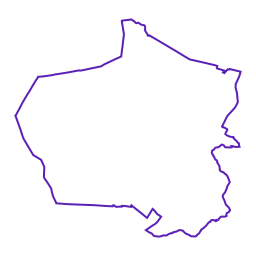 the district of Siria, Arad, Romania
{"feature_id": "2599482B5262602220408", "entity_name": "Siria", "entity_type": "district", "adm_level": 2, "iso_a3": "ROU", "parent_name": "Romania", "parent_adm1": "Arad", "projection": "equal_earth", "projection_center": [21.642, 46.281], "detail": "fine", "context": "isolated", "style": "outline", "palette": "violet", "viewbox_px": 256, "rotation_deg": 0, "n_neighbors": 0, "source": "geoboundaries", "source_scale": "gbopen_adm2", "svg_char_len": 5755}
<svg xmlns="http://www.w3.org/2000/svg" viewBox="0 0 256 256"><path d="M230.1,210.1L228.7,207.4L225.8,204.5L224.3,200.2L223.1,197.8L222.7,196.0L222.9,195.1L225.1,192.2L226.8,188.3L227.4,186.1L229.7,182.3L229.5,181.4L227.9,177.2L227.6,176.7L227.5,176.3L227.3,176.1L226.6,175.1L226.4,174.9L226.0,174.4L225.7,174.3L225.5,174.2L225.0,173.7L224.6,173.6L224.3,173.3L224.0,172.8L223.9,172.6L223.5,172.4L223.2,172.2L222.8,172.1L222.3,172.0L222.1,171.9L221.8,171.7L221.5,171.5L221.2,171.4L220.7,171.1L220.1,170.7L219.9,170.4L220.0,170.1L219.9,169.8L219.8,169.6L219.7,169.4L219.8,169.2L219.7,168.8L219.8,168.5L219.7,168.1L219.5,167.2L219.3,165.8L219.1,165.5L218.4,164.4L218.1,163.8L217.8,163.4L217.5,163.1L217.4,162.9L217.2,162.4L217.2,162.1L217.3,161.8L217.3,161.5L217.2,161.2L216.8,160.6L216.6,160.2L216.0,160.0L215.7,159.8L215.5,159.6L214.8,158.6L214.6,158.0L214.2,157.1L214.0,156.6L213.5,156.0L213.3,155.8L213.4,155.6L213.3,155.4L213.1,154.9L212.8,154.6L212.7,154.5L212.4,154.3L212.3,154.1L212.2,153.8L212.1,153.5L211.9,153.2L211.8,152.9L211.9,152.3L211.9,151.9L212.1,151.2L212.1,150.9L212.2,150.5L212.3,150.4L212.5,150.3L213.3,150.0L213.5,149.9L214.0,149.4L214.4,148.9L214.8,148.3L215.1,148.0L215.4,147.7L215.9,147.6L216.5,147.5L217.2,147.4L217.9,147.3L218.4,147.2L218.6,147.1L218.9,146.9L219.3,146.5L219.7,146.4L219.9,146.2L220.1,146.0L220.5,145.5L221.1,145.1L221.5,144.8L221.8,144.7L222.2,144.6L222.4,144.6L222.6,144.7L222.8,144.8L223.0,145.0L223.4,145.3L223.9,145.5L224.1,145.7L224.3,146.0L224.5,146.3L224.6,146.6L224.9,147.0L225.3,147.2L225.6,147.3L226.2,147.3L226.5,147.3L227.0,147.3L227.4,147.3L228.0,147.4L228.4,147.4L228.8,147.4L229.0,147.4L229.8,147.5L230.4,147.5L230.9,147.4L231.5,147.3L232.1,147.0L232.1,146.8L232.0,146.5L231.9,146.3L231.7,146.1L232.3,146.1L232.9,146.2L233.6,146.5L234.2,146.6L234.6,146.6L234.8,146.7L235.2,146.8L235.8,147.0L236.1,147.0L237.1,146.9L238.0,146.8L238.9,146.8L239.4,146.8L239.5,146.8L238.9,144.6L238.9,143.3L237.6,142.6L236.9,141.4L235.6,140.1L234.5,139.3L234.0,138.1L233.5,138.0L233.2,137.0L232.9,137.1L230.7,136.8L228.7,136.2L227.0,135.4L226.0,134.6L225.4,134.2L225.6,132.8L226.8,131.0L227.2,129.8L227.2,129.4L227.0,129.0L226.4,128.7L225.2,128.1L223.5,127.2L222.7,127.3L222.2,126.9L222.1,126.5L224.5,121.6L227.3,116.0L229.7,113.4L234.9,107.7L237.2,103.6L237.4,102.7L237.8,102.2L237.0,93.1L235.6,87.7L235.7,84.6L235.7,84.1L236.0,83.5L236.8,81.7L237.2,80.9L237.9,79.3L238.7,77.6L238.9,77.3L239.2,76.6L240.6,71.7L229.6,69.0L229.0,69.6L227.7,69.3L224.4,73.1L223.0,72.4L224.4,70.6L217.0,68.4L217.1,68.0L216.9,66.5L217.2,65.9L214.5,65.1L202.5,62.3L190.6,59.6L190.2,59.6L189.3,59.1L185.3,56.8L177.4,52.0L169.4,47.2L164.8,44.5L155.5,39.0L152.4,37.2L150.0,35.8L149.4,35.8L149.3,35.4L147.8,35.6L147.7,34.7L147.1,34.0L146.7,33.2L145.2,30.7L145.0,30.2L145.1,29.5L145.1,28.5L145.1,27.8L145.1,26.5L144.8,25.9L144.3,25.4L143.9,25.1L143.2,25.1L142.6,25.1L140.9,24.4L140.1,24.0L139.6,23.6L138.8,22.9L138.4,22.7L138.0,22.8L137.5,22.9L137.1,23.0L136.8,23.1L136.4,23.1L136.1,23.1L135.8,22.9L135.3,22.6L135.1,22.4L134.6,21.5L133.1,20.7L132.4,20.2L131.2,19.4L130.7,19.6L126.5,20.1L122.1,20.6L121.8,20.8L121.9,21.6L123.1,29.2L123.7,32.6L124.0,34.9L123.8,35.5L123.0,41.9L122.4,47.4L122.1,49.1L121.2,56.5L115.6,59.0L103.8,64.6L101.1,66.4L100.1,66.5L97.9,67.0L92.6,68.1L88.8,68.9L84.7,69.8L80.4,70.6L79.7,70.6L79.2,70.4L78.8,70.4L74.7,71.2L71.3,71.8L68.2,72.4L65.8,72.8L57.6,74.1L55.9,74.3L52.3,75.1L49.0,75.6L46.1,76.0L43.3,76.4L41.0,76.6L38.0,76.8L37.5,78.2L36.4,79.5L32.0,86.8L29.8,90.7L27.1,94.9L26.9,95.2L25.6,97.4L24.5,99.2L23.7,100.7L23.2,101.5L22.6,102.4L21.7,104.3L20.4,106.7L18.9,109.7L18.2,110.9L17.4,112.3L16.8,113.5L16.0,115.0L15.4,115.5L15.7,116.4L20.1,128.5L23.0,137.4L23.9,139.3L33.2,155.0L41.1,159.8L44.3,167.0L44.0,174.8L43.9,176.1L44.0,177.0L44.1,177.6L45.0,179.1L46.2,180.8L48.7,184.5L50.6,187.6L51.1,188.5L51.4,189.6L52.1,193.0L52.7,195.0L53.3,196.8L56.1,202.7L56.3,203.3L56.8,203.3L61.5,203.7L66.3,204.1L76.5,204.5L94.5,205.2L107.7,206.1L112.9,206.3L113.3,205.2L113.7,205.3L113.9,205.3L115.0,206.2L116.0,206.8L121.8,206.6L121.8,205.9L124.7,206.0L126.2,206.2L129.6,206.7L131.2,206.9L131.3,205.5L131.4,205.3L133.5,207.0L147.1,217.9L152.6,208.9L153.1,209.3L153.8,209.9L155.4,211.8L157.4,214.2L159.4,215.5L160.6,216.3L160.9,216.6L161.1,216.8L159.9,218.4L158.6,220.2L158.1,221.0L157.2,222.1L156.0,223.2L155.2,223.9L152.6,225.5L150.9,226.6L149.2,227.8L145.9,230.1L147.0,230.9L148.2,231.7L149.1,232.3L150.0,232.6L151.1,233.3L151.5,233.3L152.1,233.8L152.8,234.6L153.4,235.5L154.1,235.8L154.2,236.0L155.0,236.2L156.6,236.3L158.3,236.6L159.6,236.5L160.9,236.2L161.8,236.0L162.8,235.5L163.5,235.4L164.6,235.4L165.1,235.5L166.6,235.4L167.2,235.1L168.1,234.4L168.9,234.1L170.2,233.5L170.7,233.2L171.1,233.3L172.6,233.0L172.9,232.4L174.7,231.9L175.8,231.7L177.4,231.2L178.6,230.3L180.0,230.1L181.7,230.4L182.9,230.7L183.8,231.8L185.1,233.0L186.6,234.0L187.5,234.2L189.5,235.2L190.4,235.8L190.8,236.1L191.2,236.2L191.8,236.3L192.8,236.3L193.7,236.3L194.5,236.3L195.0,236.5L195.5,236.4L196.0,236.2L196.5,236.0L196.7,235.7L196.8,235.2L197.0,234.9L197.5,234.5L197.8,234.3L199.0,233.4L199.7,232.5L200.0,231.8L200.3,231.2L200.9,230.8L201.1,229.8L201.5,229.4L201.9,229.2L202.3,229.0L203.1,228.4L203.5,228.0L205.4,226.5L206.6,225.1L207.1,224.4L207.6,223.9L208.0,223.2L208.7,222.7L209.2,222.1L209.7,221.9L210.0,221.9L210.3,221.8L210.4,221.6L210.6,221.3L210.6,220.8L210.8,220.5L211.8,220.2L212.6,220.0L213.1,220.0L213.6,220.2L214.4,220.4L215.1,220.4L215.5,220.3L215.7,220.2L215.6,221.1L215.8,221.2L216.4,220.9L217.6,220.2L218.4,219.8L218.7,219.0L220.0,217.7L220.9,216.8L222.3,216.5L223.9,216.7L225.0,216.6L226.6,215.9L226.3,214.7L226.5,213.8L227.0,212.9L228.9,212.1L229.7,210.7L230.1,210.1Z" fill="none" stroke="#5b21b6" stroke-width="2"/></svg>